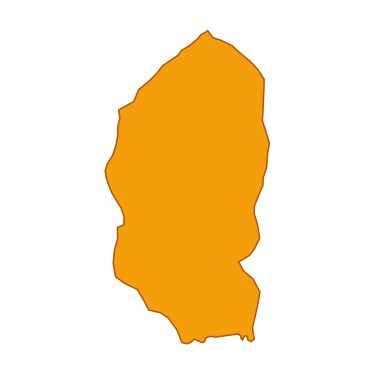 the district of Myonggan, Hamgyŏng-bukto, North Korea, rotated 81°
{"feature_id": "82179303B68633969029735", "entity_name": "Myonggan", "entity_type": "district", "adm_level": 2, "iso_a3": "PRK", "parent_name": "North Korea", "parent_adm1": "Hamgyŏng-bukto", "projection": "natural_earth1", "projection_center": [129.442, 41.157], "detail": "fine", "context": "isolated", "style": "filled", "palette": "amber", "viewbox_px": 384, "rotation_deg": 81, "n_neighbors": 0, "source": "geoboundaries", "source_scale": "gbopen_adm2", "svg_char_len": 1263}
<svg xmlns="http://www.w3.org/2000/svg" viewBox="0 0 384 384"><g transform="rotate(81 192 192)"><path d="M99.5,251.6L102.7,251.6L107.4,251.6L115.2,254.9L124.6,256.5L133.9,259.7L143.3,264.6L151.0,271.2L157.3,274.4L165.1,274.4L174.5,272.8L180.8,271.1L188.7,267.9L196.6,264.6L206.0,262.9L213.8,264.6L215.3,271.1L226.3,272.7L237.2,277.6L249.7,280.9L263.8,280.8L271.8,272.7L279.7,261.2L292.3,256.3L301.8,253.1L306.6,241.6L312.9,235.1L325.5,228.6L339.3,225.4L341.1,220.6L340.4,217.0L337.7,212.6L342.1,206.2L342.4,204.6L341.5,202.8L339.4,202.0L337.9,199.8L337.4,196.6L338.6,192.8L339.0,191.4L339.4,168.9L341.8,166.3L344.4,166.4L346.0,165.3L342.4,162.6L342.9,160.5L347.0,159.9L349.0,156.9L346.8,153.5L335.7,153.5L315.4,145.4L301.4,140.5L287.2,145.4L277.8,153.6L268.3,156.8L263.7,145.4L257.5,138.9L248.2,132.4L234.1,132.4L223.1,134.0L215.3,132.4L204.4,125.9L196.7,121.0L188.9,119.4L179.5,114.5L165.5,111.2L156.1,108.0L143.6,109.6L132.6,111.3L124.8,109.6L101.3,104.8L92.0,103.1L80.9,108.0L71.5,114.6L60.4,124.4L54.0,129.3L49.3,135.8L46.1,140.7L42.9,147.2L35.0,151.3L36.5,153.8L38.0,158.7L41.1,161.9L47.2,171.7L50.3,179.9L54.9,184.7L58.0,191.3L62.6,201.1L68.7,207.6L74.9,215.7L82.6,228.8L93.5,235.3L99.5,251.6Z" fill="#f59e0b" stroke="#b45309" stroke-width="1.5"/></g></svg>